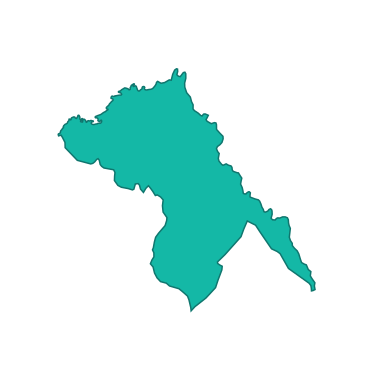 Tres Islas, Cerro Largo, Uruguay, rotated 15°
{"feature_id": "84410073B15604045088045", "entity_name": "Tres Islas", "entity_type": "district", "adm_level": 2, "iso_a3": "URY", "parent_name": "Uruguay", "parent_adm1": "Cerro Largo", "projection": "robinson", "projection_center": [-54.84, -32.439], "detail": "fine", "context": "isolated", "style": "filled", "palette": "teal", "viewbox_px": 384, "rotation_deg": 15, "n_neighbors": 0, "source": "geoboundaries", "source_scale": "gbopen_adm2", "svg_char_len": 5859}
<svg xmlns="http://www.w3.org/2000/svg" viewBox="0 0 384 384"><g transform="rotate(15 192 192)"><path d="M168.8,258.1L170.9,260.6L172.0,264.5L170.9,268.1L170.4,272.1L173.8,274.5L176.8,280.0L180.5,284.0L184.8,286.7L190.8,286.7L194.6,288.6L204.4,288.8L208.6,290.7L214.6,293.7L217.0,297.0L220.7,303.9L221.9,307.0L224.5,302.0L232.9,290.8L239.5,278.3L239.9,270.8L241.0,259.5L240.4,255.9L237.7,255.3L235.3,254.4L234.7,253.0L240.1,243.9L250.9,222.5L251.6,214.4L252.9,205.7L262.0,207.6L267.9,212.9L283.5,226.3L289.6,227.4L293.0,228.7L305.0,240.9L328.7,249.8L331.0,251.6L332.1,253.9L333.0,256.6L334.4,255.9L336.1,254.4L334.5,251.0L334.2,247.9L330.3,244.6L328.0,242.4L327.4,238.1L324.4,236.8L321.3,232.8L319.2,232.6L316.1,231.8L314.1,228.9L311.2,224.2L308.8,221.6L305.5,219.8L302.8,217.8L302.1,215.6L299.7,213.5L297.7,210.5L296.4,201.7L294.5,199.3L293.3,197.0L292.2,193.8L290.8,192.2L288.4,191.9L285.9,192.6L283.6,194.4L281.3,194.9L280.3,195.9L279.6,197.5L277.0,198.0L275.2,196.9L275.2,192.8L274.2,189.6L273.3,188.3L272.1,187.9L270.9,189.0L270.1,190.9L268.0,192.5L266.6,192.4L265.3,190.3L263.5,188.6L261.7,185.8L259.7,183.3L258.1,182.4L254.8,182.4L249.6,181.9L249.1,181.1L248.8,179.5L248.6,177.7L247.5,177.0L246.7,177.1L245.9,177.8L245.1,178.8L244.6,179.9L243.0,180.3L241.9,180.0L240.7,177.3L239.3,174.7L236.9,171.8L236.6,168.6L236.5,165.7L234.2,163.7L231.9,161.5L230.7,161.7L226.5,161.4L225.2,160.3L224.2,157.8L222.9,156.7L220.4,156.7L217.7,156.0L215.0,158.2L213.4,157.6L210.1,155.2L208.7,152.8L208.3,147.8L206.3,146.3L204.4,143.8L204.8,141.5L206.8,139.0L208.1,136.4L208.3,132.6L207.5,130.2L203.6,127.9L199.5,125.2L198.2,120.6L197.2,119.1L195.7,119.2L192.9,121.0L188.3,119.8L186.8,118.4L187.4,116.3L187.9,113.7L186.1,113.4L184.4,113.2L183.0,113.8L182.0,116.0L180.6,115.8L177.6,114.2L173.3,112.8L171.5,111.5L170.5,107.5L168.2,104.9L165.8,100.7L161.2,97.5L157.9,92.6L156.7,88.7L156.6,83.8L155.4,79.4L154.1,78.1L152.7,78.9L150.8,83.6L148.9,83.7L147.0,82.6L147.0,79.3L146.2,77.0L145.1,77.0L143.7,78.7L142.9,83.3L143.0,89.4L141.0,89.6L137.2,93.4L133.9,95.0L130.2,94.0L129.7,94.6L129.3,95.8L129.4,96.5L129.3,97.4L128.6,99.5L127.3,102.1L126.0,103.3L123.7,104.2L122.0,105.1L121.2,105.3L120.8,105.3L120.2,105.3L119.8,105.1L119.3,104.6L119.2,104.0L119.3,103.2L119.0,102.9L118.5,102.6L118.0,102.6L117.4,102.9L117.0,103.2L116.9,103.5L116.8,103.9L117.0,105.3L115.7,106.8L115.3,107.7L115.0,108.0L114.6,108.2L114.1,108.2L113.7,108.1L113.1,107.7L112.0,106.1L111.6,105.8L111.4,105.2L110.9,104.5L110.5,104.2L110.2,104.1L109.9,104.1L109.5,104.3L108.3,105.2L107.9,105.1L107.7,104.9L107.5,104.6L107.6,104.2L107.8,103.9L107.9,103.5L108.4,103.2L108.5,102.9L108.4,102.7L108.1,102.5L107.9,102.5L107.6,102.7L107.3,103.1L107.0,103.3L105.8,104.7L105.7,105.2L105.7,105.9L105.6,106.4L105.4,106.9L105.3,107.2L105.6,108.5L105.7,108.9L105.5,109.2L105.2,109.4L104.8,109.5L104.4,109.5L103.9,109.2L103.4,108.8L102.7,108.8L102.1,108.9L101.4,108.7L100.0,108.9L97.5,111.5L96.7,112.9L95.3,113.7L95.1,113.9L95.0,114.2L95.0,114.4L95.4,114.7L96.1,114.8L97.2,114.6L97.5,114.7L98.7,115.7L98.8,116.0L98.7,116.2L98.5,116.6L98.1,116.8L96.6,117.3L93.7,118.7L93.5,119.0L93.3,119.0L92.8,119.0L92.6,119.2L92.4,119.6L92.0,119.8L91.0,120.1L90.4,120.0L90.0,120.0L89.8,120.2L89.4,121.0L89.4,122.1L89.6,122.5L89.8,122.6L90.6,122.5L91.3,122.6L91.6,122.9L91.9,123.4L91.9,123.9L91.7,124.4L90.9,125.4L90.0,127.3L89.5,128.1L89.2,129.6L87.5,132.3L87.4,132.6L87.6,133.3L87.8,133.6L88.7,133.8L89.4,133.8L89.5,134.1L89.4,134.4L89.2,134.7L88.2,135.6L87.7,136.7L86.7,137.4L85.3,138.9L84.2,140.4L82.8,141.5L81.4,142.4L79.2,144.1L79.1,144.5L79.1,144.8L79.3,145.1L79.9,145.3L80.6,145.0L80.9,145.0L81.3,145.1L82.0,145.4L82.5,146.0L82.6,147.3L82.9,147.6L83.4,147.7L83.8,147.8L84.2,147.8L84.6,147.7L84.8,147.5L85.5,146.2L85.9,146.1L86.0,146.2L86.3,146.7L86.5,147.3L86.5,147.9L85.9,149.2L85.6,149.4L85.1,149.3L84.5,149.7L83.9,149.8L83.5,150.0L82.6,150.8L81.4,151.3L80.6,151.8L80.1,152.1L79.6,152.3L78.8,152.4L78.1,152.4L77.5,152.2L77.1,152.0L76.8,151.6L76.8,151.2L76.9,150.5L77.0,150.3L77.4,150.1L78.0,149.9L78.2,149.7L78.4,149.5L78.4,149.2L78.2,149.0L77.9,148.9L77.0,149.1L76.1,149.0L75.8,149.1L75.4,149.3L74.7,149.9L74.3,150.0L73.6,149.9L73.1,150.1L72.9,150.3L72.4,151.1L72.3,151.7L72.2,151.9L71.7,151.9L71.5,151.7L71.2,151.1L70.6,150.4L69.5,149.7L69.2,149.6L68.7,149.8L68.5,150.2L68.4,150.4L68.1,150.5L67.9,150.5L67.6,150.3L67.4,150.1L67.4,149.6L66.9,149.5L66.6,149.7L66.5,150.0L66.5,150.4L66.5,150.6L66.9,150.8L68.1,152.1L68.2,152.5L68.1,152.8L67.3,152.9L66.8,153.0L66.4,152.9L66.1,152.7L66.1,152.4L66.1,151.6L65.5,151.1L64.8,150.3L64.4,149.2L64.3,148.7L63.9,148.2L63.2,147.4L62.9,147.2L62.6,147.2L62.2,147.4L62.0,147.8L62.0,148.2L62.1,148.6L62.1,148.8L61.8,149.3L61.5,150.6L61.3,150.8L61.2,150.9L60.9,150.9L60.5,150.8L59.9,150.6L59.4,150.0L59.1,150.0L58.7,150.0L58.3,150.1L57.8,150.4L57.4,150.8L56.7,151.3L56.4,151.8L56.2,152.4L56.2,152.8L56.4,153.2L56.4,153.4L56.3,153.6L56.2,153.7L54.8,153.3L54.5,153.3L54.4,153.4L54.4,153.6L54.6,155.0L53.9,156.1L53.8,157.5L53.6,157.9L52.7,158.9L52.1,159.3L51.7,159.8L50.9,161.3L50.9,161.7L50.8,162.1L50.8,162.3L51.0,162.7L51.2,163.1L50.6,163.8L50.4,164.4L50.2,165.0L50.0,165.7L49.6,166.3L49.4,166.9L49.3,167.6L49.5,168.8L49.3,169.2L48.4,170.1L48.1,170.3L47.9,170.6L47.9,171.1L48.1,171.5L48.6,172.3L50.9,171.0L52.9,173.0L56.5,177.0L58.0,182.0L73.0,191.1L86.9,191.1L88.8,190.0L90.2,188.1L91.5,185.2L92.6,184.1L94.2,185.3L96.2,189.2L98.1,190.6L100.7,191.6L110.6,190.8L112.6,193.2L113.1,196.6L114.1,201.0L118.7,204.8L122.5,205.7L129.6,205.2L133.9,205.4L135.1,204.4L135.2,198.9L137.9,197.8L139.5,199.0L141.5,202.5L145.2,205.0L146.5,200.4L148.3,197.2L150.3,198.6L153.9,201.5L157.5,204.9L159.2,203.8L162.9,204.9L166.2,207.1L167.0,212.9L169.3,218.9L174.4,223.2L174.9,226.2L174.7,231.4L170.3,240.6L168.6,245.1L168.6,249.8L169.1,255.9L168.8,258.1Z" fill="#14b8a6" stroke="#0f766e" stroke-width="1.5"/></g></svg>